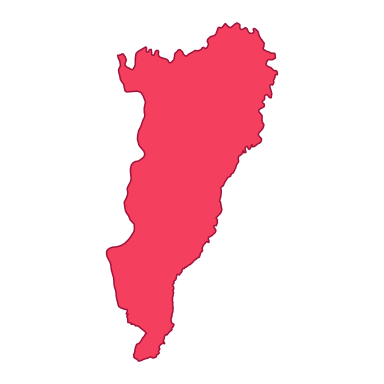 the district of Puerto Salgar, Cundinamarca, Colombia
{"feature_id": "7082276B40281843469492", "entity_name": "Puerto Salgar", "entity_type": "district", "adm_level": 2, "iso_a3": "COL", "parent_name": "Colombia", "parent_adm1": "Cundinamarca", "projection": "orthographic", "projection_center": [-74.592, 5.587], "detail": "fine", "context": "isolated", "style": "filled", "palette": "rose", "viewbox_px": 384, "rotation_deg": 0, "n_neighbors": 0, "source": "geoboundaries", "source_scale": "gbopen_adm2", "svg_char_len": 5932}
<svg xmlns="http://www.w3.org/2000/svg" viewBox="0 0 384 384"><path d="M117.7,55.4L118.3,58.2L119.8,61.2L120.4,65.2L120.3,66.1L119.2,68.2L118.5,70.0L118.8,72.2L119.8,76.1L120.4,79.5L121.8,81.9L123.7,84.4L124.8,90.3L125.1,90.9L126.3,91.8L127.3,91.9L136.8,91.2L139.6,91.8L141.1,92.8L142.9,95.3L145.3,101.4L145.3,102.8L144.2,108.2L144.3,112.3L144.8,115.0L144.7,116.8L143.0,120.1L140.8,126.6L138.7,130.6L137.7,135.3L137.4,139.1L138.8,144.6L139.6,146.1L143.9,151.2L144.4,152.4L144.6,154.7L144.3,156.0L143.5,157.3L141.8,158.7L138.4,161.1L135.8,161.4L133.3,162.6L132.0,164.1L131.2,165.5L130.5,168.7L130.4,171.2L131.1,177.8L130.9,180.2L130.3,182.0L127.4,187.8L127.2,188.9L127.7,192.1L127.7,194.2L126.7,197.3L124.6,201.4L124.2,202.6L125.4,210.5L126.7,213.2L128.5,215.7L130.3,220.0L132.7,222.7L133.7,223.4L134.2,224.2L134.4,228.8L134.1,231.2L130.7,236.8L129.4,238.5L127.6,240.6L124.5,243.5L121.5,245.3L119.0,246.2L115.8,247.0L112.5,247.2L110.2,248.0L108.3,249.2L107.2,250.3L106.7,251.3L106.5,253.3L107.1,256.6L110.1,262.4L110.8,264.6L111.3,269.6L113.7,278.2L114.1,284.8L114.7,287.7L115.6,290.3L116.1,292.9L116.2,295.6L116.6,298.4L118.5,305.9L118.8,306.5L119.7,307.2L121.4,308.1L124.4,309.2L127.1,309.6L127.3,311.7L126.8,312.3L126.3,313.8L126.7,314.2L127.9,314.3L126.8,316.7L127.3,317.3L127.7,318.7L127.9,322.4L130.6,322.9L131.1,323.6L131.2,324.3L131.5,324.2L131.7,323.7L132.1,324.2L132.6,324.1L134.2,324.5L135.6,325.9L137.0,325.8L138.3,326.1L144.9,331.6L146.4,333.4L145.2,334.3L144.4,335.9L142.2,338.5L141.6,340.2L139.5,342.9L138.2,343.8L137.2,344.0L136.6,344.6L136.1,345.6L135.1,348.9L134.7,352.2L133.7,354.4L133.6,355.1L134.2,356.1L133.8,357.2L134.6,357.6L135.0,358.4L136.8,359.0L137.8,360.1L138.2,360.9L138.9,361.0L140.8,360.7L144.1,359.1L147.9,358.1L149.5,357.1L150.4,357.0L153.1,358.0L155.8,357.2L156.3,356.4L156.3,355.2L157.9,354.4L159.2,353.0L158.5,351.4L159.7,349.1L159.4,347.7L159.0,347.2L159.1,346.6L160.5,344.7L162.3,343.5L163.2,343.3L164.4,343.7L164.6,343.4L164.3,342.4L163.4,341.8L163.3,341.6L164.9,335.3L165.8,334.5L166.1,334.5L166.3,335.0L167.0,334.9L169.5,331.7L171.1,330.7L172.0,329.6L171.6,328.9L171.6,328.3L173.0,326.8L174.0,324.9L173.6,324.1L172.0,323.3L171.2,321.4L171.0,319.6L171.2,317.8L171.9,316.6L172.0,314.1L172.9,311.6L172.8,309.3L173.2,308.5L172.6,304.1L172.9,302.4L172.3,300.4L172.6,298.6L172.4,297.8L172.8,296.6L173.6,292.3L172.8,290.6L173.8,289.0L173.6,287.0L172.8,285.8L173.1,284.1L174.1,282.9L173.7,281.5L174.6,280.5L175.4,280.1L175.9,279.4L176.7,275.5L177.1,274.4L177.8,274.4L179.2,275.0L181.8,271.8L182.2,270.0L182.8,268.7L184.2,268.6L184.6,267.3L185.9,267.4L188.3,265.4L190.2,264.5L192.6,262.4L194.4,260.3L195.9,259.4L197.0,258.2L199.4,257.1L200.6,253.0L201.1,252.1L202.4,251.1L202.6,250.6L202.1,248.6L202.9,246.1L203.4,245.2L206.5,241.7L207.1,241.6L208.2,242.4L208.9,242.3L209.1,241.3L208.5,239.7L208.3,238.6L208.6,237.2L210.2,236.6L212.0,235.5L215.1,232.6L215.8,231.3L215.6,229.6L213.7,226.8L213.9,226.1L214.6,225.6L216.3,225.6L217.4,222.7L217.3,219.8L216.2,218.0L216.2,217.6L220.7,213.1L221.8,209.9L221.7,208.4L221.1,206.5L221.1,205.0L220.6,203.9L220.7,202.7L219.6,200.5L220.8,196.4L221.0,194.6L221.3,191.3L220.8,187.6L221.4,186.9L223.2,185.8L224.9,182.0L228.0,177.2L230.5,176.3L231.3,174.0L232.8,173.2L233.5,172.3L235.6,168.0L236.4,165.2L238.6,161.6L238.3,158.7L238.6,156.4L240.6,155.1L241.9,154.0L243.0,150.9L243.6,151.0L244.0,151.5L243.9,152.7L245.8,152.5L245.8,151.2L245.1,149.1L245.3,147.6L246.1,146.7L246.7,146.5L247.5,146.7L248.4,149.0L249.2,149.3L249.9,148.9L250.5,148.1L251.6,144.9L252.3,145.0L252.6,146.7L253.2,146.8L254.5,146.4L258.1,143.7L260.5,142.5L261.5,140.1L261.5,138.9L260.7,137.8L259.3,136.5L258.2,134.3L259.0,132.7L262.2,129.3L262.9,128.1L263.7,126.0L263.9,124.7L262.6,122.5L262.3,121.6L262.0,120.0L262.1,115.6L259.0,111.9L258.6,110.5L260.3,108.7L263.2,107.3L264.2,106.5L264.4,105.0L264.0,103.8L263.0,103.2L262.4,102.4L262.3,101.8L262.6,101.1L264.3,99.7L264.7,98.6L264.5,96.6L265.1,95.5L265.6,95.0L267.0,94.7L267.6,95.0L268.9,97.0L270.7,97.9L271.2,97.6L271.8,93.5L269.9,86.9L269.9,85.4L270.6,84.8L271.2,84.5L272.2,85.0L272.5,85.0L273.3,84.1L273.8,82.3L273.5,80.0L274.8,77.9L275.2,75.0L275.7,74.5L277.2,74.7L277.5,73.8L277.0,71.5L276.7,71.0L273.5,70.3L271.1,67.7L268.2,66.6L266.2,65.0L266.0,64.0L266.8,61.7L267.6,60.4L268.3,59.8L269.4,59.5L270.9,59.8L272.0,59.8L274.4,58.7L275.4,58.0L275.0,53.9L274.7,53.5L273.9,53.2L271.4,53.2L268.3,51.7L266.0,51.1L264.6,49.9L263.4,49.6L263.1,48.6L263.8,46.8L264.2,43.1L263.0,41.8L262.2,40.1L261.0,39.1L259.2,35.8L258.0,31.5L255.7,29.2L254.2,28.5L253.6,28.7L253.1,29.6L253.9,30.8L254.0,31.4L253.6,32.5L252.0,33.4L249.7,33.2L248.4,31.9L247.0,28.7L245.8,27.8L244.9,27.8L243.3,29.1L242.4,29.4L241.3,29.4L240.7,29.1L240.1,28.5L239.8,27.5L239.9,25.5L239.7,24.5L237.8,23.3L236.9,23.0L234.6,24.3L231.6,27.0L230.6,27.5L229.5,27.3L228.4,26.7L225.5,23.7L225.1,23.7L222.4,27.0L221.6,27.7L220.7,27.8L219.2,27.3L218.6,27.5L217.9,28.2L216.9,31.5L216.0,33.8L215.3,34.8L213.6,35.9L210.6,36.6L208.0,39.0L207.5,39.8L207.3,41.4L208.4,43.8L208.3,44.9L207.2,47.3L205.9,48.6L203.3,47.4L202.8,47.5L202.2,47.8L201.4,49.2L199.7,50.2L197.6,50.9L196.8,50.6L195.0,50.5L192.6,52.1L188.6,54.2L187.0,55.8L186.3,56.1L184.8,55.6L183.5,54.3L182.5,51.9L180.4,49.9L179.8,49.6L178.3,49.9L177.2,51.4L175.0,53.4L174.7,54.0L174.6,55.9L173.9,59.7L170.9,62.6L170.1,62.8L169.0,62.5L168.1,60.5L166.7,59.3L160.4,57.3L159.5,56.7L158.7,55.8L158.4,54.8L158.6,51.6L158.3,50.8L157.8,50.5L156.5,50.4L156.0,50.8L155.4,51.4L154.1,54.9L153.7,55.3L152.5,55.2L151.8,54.6L151.5,50.8L151.2,49.5L149.9,49.5L149.4,49.8L148.2,51.9L147.6,52.2L146.9,52.1L146.4,51.7L146.4,51.1L146.6,48.2L146.1,47.2L145.6,47.0L137.8,51.6L136.3,53.3L135.9,54.2L135.3,58.6L135.3,64.5L134.5,66.7L133.2,69.0L132.6,69.4L131.8,69.6L130.9,69.4L129.0,68.1L126.9,67.2L125.1,65.2L125.1,63.5L126.2,60.6L126.2,59.5L125.2,56.9L123.4,54.3L122.9,53.9L122.2,53.9L120.4,54.9L117.7,55.4Z" fill="#f43f5e" stroke="#9f1239" stroke-width="1.5"/></svg>